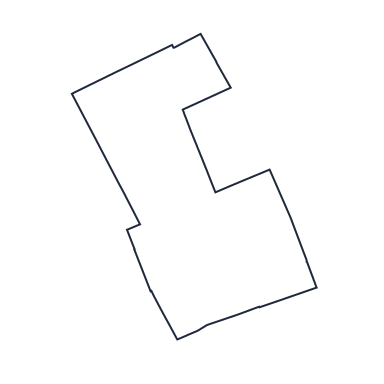 outline of Stefan Voda, Calarasi, Romania, rotated 240°
{"feature_id": "2599482B59698871742145", "entity_name": "Stefan Voda", "entity_type": "district", "adm_level": 2, "iso_a3": "ROU", "parent_name": "Romania", "parent_adm1": "Calarasi", "projection": "albers", "projection_center": [27.367, 44.346], "detail": "fine", "context": "isolated", "style": "outline", "palette": "slate", "viewbox_px": 384, "rotation_deg": 240, "n_neighbors": 0, "source": "geoboundaries", "source_scale": "gbopen_adm2", "svg_char_len": 3097}
<svg xmlns="http://www.w3.org/2000/svg" viewBox="0 0 384 384"><g transform="rotate(240 192 192)"><path d="M172.6,270.4L176.5,240.5L178.3,226.3L180.0,212.1L182.7,212.5L192.8,214.0L197.5,214.7L201.5,215.3L202.6,215.5L204.7,215.8L204.8,215.8L205.0,215.8L205.3,215.9L205.5,215.9L205.9,216.0L206.1,216.0L206.3,216.0L206.6,216.0L206.8,216.1L207.0,216.1L207.4,216.2L207.6,216.2L207.8,216.2L208.1,216.3L208.3,216.3L208.5,216.3L208.9,216.4L209.1,216.4L209.3,216.4L209.5,216.5L209.9,216.5L210.2,216.6L210.4,216.6L210.6,216.6L210.8,216.7L211.0,216.7L211.4,216.7L211.6,216.8L211.8,216.8L212.0,216.8L212.4,216.9L212.6,216.9L212.8,216.9L213.0,217.0L213.4,217.0L213.6,217.1L213.8,217.1L214.0,217.1L214.4,217.2L214.6,217.2L215.2,217.3L215.6,217.3L215.8,217.4L216.0,217.4L216.6,217.5L218.1,217.7L218.4,217.7L219.2,217.8L221.1,218.1L223.7,218.5L225.6,218.7L227.7,219.0L231.5,219.6L234.8,220.0L236.0,220.2L238.5,220.5L240.1,220.8L244.7,221.4L248.0,221.9L249.2,222.1L250.3,222.3L252.8,222.7L253.6,222.8L256.5,223.3L258.4,223.6L261.2,224.0L263.1,224.3L264.2,224.5L265.2,224.7L268.0,225.2L263.0,277.7L291.9,277.9L292.3,278.2L324.6,278.5L324.8,275.0L325.0,269.2L325.2,265.8L325.4,262.5L325.5,260.1L325.5,259.3L325.6,256.5L325.7,255.2L325.7,254.5L325.8,250.5L325.9,248.6L326.0,248.4L326.1,248.2L326.3,248.1L327.9,248.2L328.6,248.3L329.0,248.3L329.3,248.3L329.4,247.3L331.7,215.0L331.8,213.7L333.2,194.6L333.4,191.9L333.5,190.7L333.5,189.9L333.6,189.7L334.1,182.5L334.1,181.9L334.5,176.8L334.5,176.0L334.6,174.9L334.7,172.7L334.8,171.9L334.9,170.5L334.9,170.1L335.2,166.5L335.4,162.9L335.4,162.6L335.9,156.4L335.9,155.3L335.9,155.1L336.0,154.5L336.4,148.4L336.9,141.2L337.1,137.1L332.9,136.9L308.0,135.9L282.8,134.9L281.5,134.8L280.1,134.8L278.6,134.7L260.4,133.9L239.1,133.0L236.8,132.9L235.3,132.9L234.4,132.8L232.1,132.8L226.5,132.6L222.9,132.5L222.1,132.4L221.8,132.4L220.1,132.3L207.0,131.7L190.0,130.8L191.8,116.8L191.5,116.8L178.1,114.7L171.2,113.7L171.2,113.3L170.5,113.2L157.4,111.2L126.7,106.5L126.7,107.4L121.6,107.0L121.0,107.0L119.8,106.9L116.0,106.8L111.9,106.6L111.1,106.6L99.9,106.2L99.1,106.2L98.1,106.2L95.5,106.1L94.6,106.1L89.9,106.0L89.3,106.0L78.7,105.7L71.7,105.5L71.5,106.4L71.2,108.9L70.5,114.8L70.4,115.1L70.4,116.1L70.1,118.6L69.8,121.0L69.3,125.1L69.0,127.1L69.0,127.4L69.3,138.0L69.3,138.3L69.3,138.5L69.2,138.7L69.1,139.5L68.2,144.1L62.9,170.5L60.2,186.5L59.2,192.0L59.1,192.8L58.5,192.9L58.4,192.9L56.6,201.9L54.5,212.8L54.4,213.2L46.9,252.1L47.0,252.1L48.9,252.4L50.2,252.6L50.9,252.8L52.2,253.0L53.4,253.2L54.1,253.3L55.4,253.5L55.7,253.6L56.2,253.7L57.0,253.8L57.3,253.9L58.0,254.0L58.5,254.1L58.9,254.1L59.3,254.2L60.0,254.3L60.5,254.4L60.8,254.4L61.1,254.5L64.7,255.1L65.3,255.2L65.9,255.3L66.5,255.4L67.1,255.5L67.5,255.6L67.8,255.6L68.2,255.7L68.7,255.8L71.9,256.3L72.2,256.4L73.2,256.5L73.4,256.6L73.6,256.6L73.8,256.5L74.3,256.4L74.4,256.5L74.5,256.5L75.1,257.0L75.6,257.1L76.3,257.3L78.3,257.6L82.5,258.3L83.9,258.5L96.6,260.6L99.6,261.1L100.9,261.3L103.3,261.7L120.2,264.5L121.0,264.6L152.9,268.2L172.3,270.4L172.6,270.4Z" fill="none" stroke="#1e293b" stroke-width="2"/></g></svg>